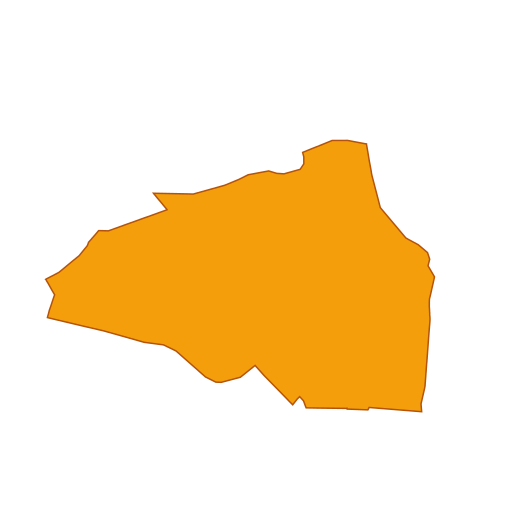 Gharb Jabal Marrah, Central Darfur, Sudan, rotated 284°
{"feature_id": "16777658B15584581797424", "entity_name": "Gharb Jabal Marrah", "entity_type": "district", "adm_level": 2, "iso_a3": "SDN", "parent_name": "Sudan", "parent_adm1": "Central Darfur", "projection": "equal_earth", "projection_center": [24.023, 13.095], "detail": "fine", "context": "isolated", "style": "filled", "palette": "amber", "viewbox_px": 512, "rotation_deg": 284, "n_neighbors": 0, "source": "geoboundaries", "source_scale": "gbopen_adm2", "svg_char_len": 3355}
<svg xmlns="http://www.w3.org/2000/svg" viewBox="0 0 512 512"><g transform="rotate(284 256 256)"><path d="M292.1,141.3L291.8,141.6L291.7,141.8L290.0,144.2L289.5,144.7L289.1,145.4L288.9,145.6L288.7,145.8L288.1,146.7L287.9,146.9L287.7,147.2L287.4,147.7L286.8,148.4L286.7,148.5L286.3,149.2L285.9,149.7L283.8,152.6L283.4,153.1L283.0,153.6L282.9,153.8L282.3,154.6L282.1,154.9L282.0,155.0L281.8,155.3L281.7,155.5L281.3,155.9L281.0,156.4L280.8,156.6L280.6,156.9L280.5,157.1L280.3,157.4L280.2,157.5L279.8,158.0L279.7,158.2L279.6,158.4L279.5,158.5L279.3,158.5L279.2,158.2L279.0,157.9L278.8,157.7L278.7,157.5L278.6,157.4L278.4,157.1L277.8,156.2L276.8,154.7L274.6,151.4L273.5,149.8L267.6,141.0L266.6,139.4L255.9,123.4L244.7,106.7L242.6,97.3L242.4,97.1L239.7,95.8L238.3,95.1L236.3,94.1L236.0,93.9L234.3,93.1L233.7,92.7L233.4,92.6L233.2,92.5L233.0,92.4L232.8,92.3L232.7,92.3L232.0,91.9L231.4,91.6L230.3,91.0L229.9,90.8L229.7,90.7L229.3,90.5L229.1,90.4L228.9,90.2L228.5,90.2L227.3,90.1L226.6,90.0L226.0,89.9L225.7,89.9L225.4,89.9L225.1,89.8L225.0,89.7L224.3,89.4L223.2,88.9L222.5,88.6L222.0,88.3L214.5,84.8L214.3,84.7L213.6,84.4L213.4,84.3L213.1,84.0L212.6,83.7L211.6,82.9L208.5,80.6L208.4,80.5L206.8,79.3L203.0,76.5L201.5,75.4L195.9,71.3L192.4,68.7L191.8,68.0L187.5,63.2L185.5,60.9L184.0,59.2L183.9,59.1L183.6,58.8L183.3,58.5L183.2,58.3L183.0,58.1L182.7,57.8L182.5,57.6L182.4,57.8L180.6,59.4L180.0,60.1L176.1,63.8L173.0,66.7L172.0,67.7L171.4,68.3L170.5,69.2L169.9,69.7L169.7,69.9L169.6,70.0L167.8,69.8L166.9,69.7L161.5,69.3L157.5,69.0L153.4,68.6L152.0,68.6L149.6,68.6L147.3,68.5L145.8,68.5L145.8,71.7L145.8,72.3L146.2,107.2L146.5,126.4L145.2,168.4L147.4,187.7L144.5,201.4L126.4,236.3L123.9,247.5L125.0,252.8L134.6,270.2L149.6,281.6L142.1,292.6L124.9,320.5L123.1,323.3L120.5,327.6L127.4,330.7L130.1,332.4L127.0,337.1L122.0,340.5L120.8,341.4L122.5,348.7L123.3,352.2L130.0,380.6L130.3,381.0L129.5,381.4L133.8,401.8L136.4,402.4L145.0,454.4L152.4,451.9L162.6,451.7L168.2,451.6L170.1,451.5L171.0,451.4L171.7,451.3L172.5,451.1L173.3,451.0L173.8,450.9L174.3,450.8L175.0,450.7L175.3,450.7L176.0,450.5L176.7,450.4L177.5,450.3L183.0,449.3L184.3,449.1L184.9,449.0L188.8,448.3L193.6,447.5L195.1,447.3L196.5,447.0L198.1,446.8L198.3,446.7L199.7,446.5L200.7,446.3L202.7,446.0L204.8,445.6L223.4,442.4L232.0,441.0L233.0,440.8L233.8,440.7L235.4,440.4L236.8,440.1L237.2,440.0L238.5,439.6L238.9,439.5L240.8,438.8L243.2,438.2L243.5,438.0L244.4,437.8L244.7,437.7L245.0,437.6L246.4,437.2L248.8,436.4L252.1,435.6L252.8,435.4L253.8,435.2L255.7,434.8L256.3,434.7L256.7,434.7L258.0,434.7L259.2,434.7L259.3,434.7L260.1,434.7L268.5,434.5L269.8,434.5L277.2,434.3L277.5,434.3L277.8,434.3L278.1,434.3L278.3,434.2L278.6,434.2L279.0,434.2L279.3,433.9L288.1,425.3L294.9,425.3L300.8,421.6L301.0,421.2L301.2,420.8L302.3,418.6L303.4,416.4L305.7,411.7L306.0,411.1L306.2,410.7L306.4,409.9L306.6,409.1L307.0,407.7L307.2,406.7L309.2,398.9L309.4,398.5L309.7,397.1L333.0,364.9L340.2,361.0L362.2,349.0L364.5,347.9L364.8,347.8L365.1,347.7L368.1,346.4L375.5,343.0L386.1,338.4L390.8,336.3L391.5,336.1L391.3,334.2L390.3,317.0L386.5,301.9L385.3,300.3L376.8,288.6L373.8,284.4L367.8,276.2L363.7,278.4L357.0,280.1L350.8,277.9L342.5,263.3L341.2,256.1L341.6,247.7L332.9,228.7L326.2,220.9L317.1,208.6L300.9,180.1L300.1,176.4L292.7,144.1L292.2,141.9L292.1,141.3Z" fill="#f59e0b" stroke="#b45309" stroke-width="1.5"/></g></svg>